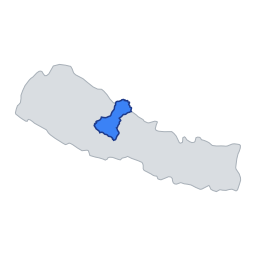 Dhawalagiri on a map of Nepal (Mercator projection)
{"feature_id": "NPL-1125", "entity_name": "Dhawalagiri", "entity_type": "Administrative Zone", "adm_level": 1, "iso_a3": "NPL", "parent_name": "Nepal", "parent_adm1": "", "projection": "mercator", "projection_center": [83.63, 28.648], "detail": "fine", "context": "in_parent", "style": "filled", "palette": "blue", "viewbox_px": 256, "rotation_deg": 0, "n_neighbors": 0, "source": "natural_earth", "source_scale": "10m", "svg_char_len": 4786}
<svg xmlns="http://www.w3.org/2000/svg" viewBox="0 0 256 256"><path d="M239.2,144.5L240.3,145.3L240.4,146.7L240.2,148.3L239.1,151.6L238.0,154.0L236.8,158.9L235.7,167.5L236.0,169.0L239.2,173.9L240.5,177.7L240.6,180.3L239.3,184.6L237.7,189.4L236.9,190.5L236.0,190.9L232.0,189.2L229.2,189.5L226.0,190.4L222.6,190.2L219.9,189.7L216.4,191.6L213.0,190.5L210.9,189.3L209.4,186.0L208.8,185.5L201.8,189.1L200.1,189.3L195.7,187.4L192.1,185.5L190.8,184.9L187.3,184.2L184.2,183.8L180.8,182.6L176.6,184.1L174.9,184.0L173.3,182.9L172.5,180.7L172.3,178.5L170.8,177.0L168.6,176.7L165.5,178.0L161.0,179.8L159.5,179.5L158.1,179.0L157.7,178.5L157.0,176.5L156.3,176.0L155.2,176.0L153.4,175.5L151.1,174.0L144.1,170.4L143.2,168.8L143.2,165.4L142.8,163.9L142.0,162.4L138.4,160.8L131.4,158.3L127.6,156.4L125.7,157.3L122.2,158.1L120.3,159.9L118.0,159.3L112.6,157.4L109.7,157.2L107.9,157.8L107.5,158.9L105.3,160.1L103.2,159.1L99.0,157.8L95.4,157.1L89.9,155.5L89.2,153.1L88.3,150.6L87.0,150.2L82.0,150.7L77.5,148.0L72.6,144.6L70.5,143.5L69.1,143.1L68.0,143.6L66.6,144.3L65.4,144.6L62.7,143.1L59.4,141.0L55.2,138.4L50.3,134.8L48.3,132.8L47.4,131.3L46.4,129.8L42.2,127.5L38.8,125.6L34.8,123.4L34.1,122.9L32.6,121.6L30.2,119.9L28.3,119.4L27.7,120.3L27.2,121.3L25.6,121.1L22.9,119.4L20.2,117.6L18.1,115.9L15.9,114.2L15.4,112.9L16.3,109.0L17.5,105.6L18.6,104.8L20.4,102.6L21.0,98.7L21.0,95.3L22.7,90.6L25.1,85.5L29.2,80.1L31.0,78.3L32.9,77.0L36.7,73.0L37.5,72.4L39.1,71.3L40.8,71.1L42.0,71.6L43.2,73.7L44.8,75.7L46.6,75.6L48.8,73.9L53.3,66.0L59.5,64.4L65.5,65.2L70.7,66.4L72.2,69.0L73.2,71.8L73.9,73.2L75.6,74.8L83.0,78.7L87.3,82.3L93.2,87.0L97.6,89.1L101.6,89.3L103.8,91.1L107.1,94.8L109.9,99.0L113.5,102.9L115.9,102.8L119.2,101.5L123.3,99.9L125.6,100.7L127.9,101.8L128.6,103.8L129.9,107.6L131.4,111.6L133.7,113.0L136.4,115.0L138.0,116.6L143.1,119.6L143.8,120.8L144.9,121.6L146.1,122.1L147.2,122.7L148.8,122.9L154.7,121.2L156.3,121.4L157.2,121.7L157.3,122.3L156.2,125.1L155.3,128.7L156.2,130.4L158.7,131.2L164.2,131.7L171.7,131.6L173.9,133.4L176.2,136.1L178.4,140.7L179.3,142.6L180.4,143.2L182.4,142.4L182.7,140.6L182.8,137.8L184.4,136.8L185.4,137.5L186.7,139.7L189.7,141.7L191.9,142.6L194.1,142.3L195.0,141.5L196.0,137.7L197.7,137.1L199.8,137.4L200.6,138.2L201.4,139.7L204.0,140.4L206.5,141.4L208.9,142.6L212.3,145.5L216.5,146.0L221.3,145.9L223.8,146.0L225.7,146.2L227.3,146.0L232.3,144.0L234.3,143.8L236.8,144.1L239.2,144.5Z" fill="#d9dde1" stroke="#a8b0b8" stroke-width="1"/><path d="M123.5,99.5L123.9,99.6L124.1,99.7L124.3,100.0L124.4,100.4L124.7,100.2L125.1,100.1L125.4,100.2L125.6,100.5L126.0,100.9L126.5,100.8L127.0,100.6L127.5,100.6L127.8,100.9L128.0,101.8L128.2,102.1L128.5,102.2L129.0,102.2L129.4,102.2L129.5,102.7L129.4,103.2L129.0,103.7L128.7,104.2L128.9,104.8L129.5,105.4L129.7,105.6L129.8,106.0L129.9,107.0L130.5,107.3L131.2,107.5L131.5,108.0L130.8,110.7L131.3,111.5L131.1,111.6L130.2,111.8L129.4,112.3L129.1,112.4L127.9,112.6L127.5,112.8L127.2,113.0L126.3,113.8L125.5,114.3L125.1,114.4L124.6,114.5L124.1,114.4L123.6,114.4L123.2,114.6L123.0,114.8L122.6,115.4L122.3,115.7L120.6,117.3L119.9,117.6L119.5,117.9L119.3,118.1L119.2,118.2L119.4,118.5L120.5,119.9L120.6,120.2L120.7,120.6L119.6,121.7L119.4,122.0L119.3,122.4L119.4,123.2L119.3,123.7L119.1,124.1L118.7,124.5L118.1,125.4L117.9,125.8L117.5,127.1L117.2,127.4L117.0,127.6L116.5,127.9L117.2,129.0L117.4,130.1L117.6,130.4L117.9,130.8L118.2,131.4L118.4,131.7L118.8,132.1L118.9,132.4L119.0,133.2L118.5,134.2L118.2,134.5L117.9,134.9L117.5,135.5L117.0,136.2L116.8,136.4L116.6,137.1L115.9,138.9L115.6,139.5L115.2,139.8L113.6,140.3L113.3,139.4L113.0,139.3L112.8,139.4L112.6,139.3L112.5,139.0L112.4,138.6L112.5,138.5L112.5,138.2L112.3,138.0L111.0,136.9L110.7,136.7L110.4,136.6L109.8,136.5L109.0,136.4L108.6,136.3L108.2,136.0L107.9,135.7L107.7,135.4L107.5,135.1L107.2,134.9L106.5,134.6L106.2,134.4L105.4,134.4L105.0,134.3L104.5,134.0L103.0,132.6L102.4,132.4L101.9,132.2L99.7,132.7L99.6,131.8L99.2,131.3L98.6,130.7L96.0,128.7L95.7,127.8L95.5,127.6L95.2,127.2L94.6,126.2L94.4,126.0L94.2,125.6L94.9,124.6L94.5,124.3L94.5,124.1L94.7,123.8L95.2,123.3L95.6,123.1L95.9,123.1L96.2,123.1L96.4,123.0L96.6,122.7L96.6,122.4L96.5,122.2L96.2,121.8L96.1,121.6L96.4,121.3L97.1,121.0L98.5,120.6L100.0,119.9L100.9,118.7L101.2,118.0L101.4,117.1L102.2,117.2L102.9,117.5L103.3,117.5L104.0,117.5L104.9,117.7L105.4,117.7L106.7,117.4L107.3,117.2L107.9,116.8L110.4,115.9L110.8,115.3L111.7,112.7L112.2,111.8L113.8,109.8L114.0,109.6L114.2,109.3L114.3,108.8L114.6,106.4L114.7,106.0L115.0,105.6L115.3,105.4L115.5,105.0L115.6,104.8L115.5,103.7L115.7,103.2L115.8,102.7L116.0,102.1L116.6,101.6L117.3,101.4L118.0,101.3L118.7,101.4L119.3,101.3L120.5,100.7L121.2,100.5L121.4,100.4L121.6,100.0L121.8,99.8L122.7,99.6L123.2,99.5L123.5,99.5Z" fill="#3b82f6" stroke="#1e3a8a" stroke-width="1.5"/></svg>